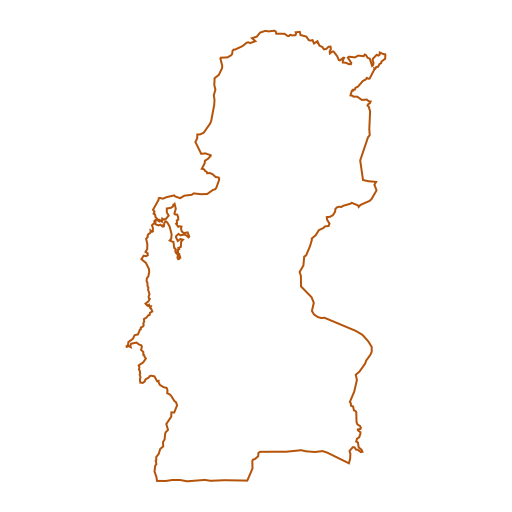 the district of Karagwe, Kagera, United Republic of Tanzania
{"feature_id": "72390352B65686612592635", "entity_name": "Karagwe", "entity_type": "district", "adm_level": 2, "iso_a3": "TZA", "parent_name": "United Republic of Tanzania", "parent_adm1": "Kagera", "projection": "orthographic", "projection_center": [31.075, -1.721], "detail": "fine", "context": "isolated", "style": "outline", "palette": "amber", "viewbox_px": 512, "rotation_deg": 0, "n_neighbors": 0, "source": "geoboundaries", "source_scale": "gbopen_adm2", "svg_char_len": 5998}
<svg xmlns="http://www.w3.org/2000/svg" viewBox="0 0 512 512"><path d="M348.9,463.3L350.1,459.0L350.4,453.9L349.5,451.0L352.8,447.2L354.5,447.3L356.0,449.6L357.6,449.7L360.9,452.1L362.4,451.8L361.6,449.8L358.7,447.4L357.9,442.5L356.2,441.6L357.0,438.7L359.2,437.3L360.5,433.4L360.3,432.1L357.9,430.3L357.9,429.4L360.5,428.9L360.9,427.9L360.1,426.1L357.4,424.4L356.5,421.9L356.3,412.3L355.6,411.1L353.9,410.3L353.1,406.5L351.0,405.7L350.8,403.2L349.8,402.1L354.2,391.7L356.9,380.0L355.8,374.7L359.4,371.7L365.2,363.5L366.1,360.7L370.3,354.9L371.7,351.8L371.7,346.9L368.3,341.4L362.5,334.9L355.6,330.8L324.3,317.7L321.7,318.1L317.9,317.1L314.0,314.5L311.9,310.9L313.8,302.9L311.6,297.3L301.0,286.4L300.9,275.8L299.6,272.0L303.4,265.5L304.2,256.6L306.1,255.4L310.0,246.2L311.9,239.8L311.7,238.6L315.7,235.2L318.9,230.1L322.9,228.3L325.1,226.4L328.6,226.0L329.5,223.7L327.0,219.5L326.8,217.1L330.0,216.8L332.9,215.2L335.1,211.7L335.4,208.9L337.1,207.3L339.2,206.7L341.3,207.0L343.1,205.8L350.6,203.7L351.7,202.8L358.2,205.5L358.7,206.9L360.5,204.9L369.6,200.9L371.5,199.1L376.2,191.0L376.5,190.1L374.4,184.8L376.1,181.9L368.2,181.2L363.0,180.0L360.2,160.4L368.0,137.3L369.7,135.2L369.3,129.0L370.1,111.4L368.8,106.8L367.5,105.6L368.2,104.2L369.9,103.2L370.6,101.5L368.7,101.2L366.8,99.6L361.8,99.9L357.3,96.7L353.4,96.7L352.7,95.8L350.5,95.4L351.7,91.1L352.4,90.3L352.9,90.6L353.2,89.7L354.8,89.7L355.5,87.8L358.0,86.6L362.9,80.9L365.6,79.6L366.9,77.9L368.2,78.7L369.6,78.6L374.4,69.3L374.3,68.3L375.4,68.7L376.3,66.9L378.0,66.8L379.6,63.9L381.1,63.2L381.5,61.5L385.1,58.8L385.4,55.2L385.1,54.2L383.5,54.2L379.8,52.5L379.5,54.9L378.3,55.6L376.7,54.8L373.1,58.5L372.6,59.9L373.5,63.0L373.1,65.0L372.1,65.9L369.8,58.7L367.7,57.8L365.9,55.1L364.8,54.5L363.7,56.2L358.3,55.6L354.8,57.4L349.0,56.7L347.8,57.6L351.3,63.0L350.9,64.2L348.6,64.1L346.1,62.8L342.8,62.5L342.8,60.5L344.1,57.8L343.4,57.7L339.9,60.4L338.8,60.0L337.2,56.3L333.6,51.5L332.5,51.5L329.9,53.4L329.7,51.5L330.9,49.0L330.5,46.6L328.5,46.8L326.2,49.0L323.8,49.3L322.5,47.1L319.4,45.6L317.7,41.8L317.4,42.3L317.0,41.5L314.0,43.5L312.5,40.1L310.5,40.6L308.7,40.1L306.4,36.6L300.5,35.0L299.8,31.9L295.7,32.3L296.1,33.5L295.5,35.2L292.0,35.4L290.3,34.8L288.8,36.1L287.5,35.9L284.6,33.8L276.3,33.7L275.8,31.6L274.4,30.7L268.8,31.4L265.2,30.9L260.1,32.6L256.7,36.7L252.0,38.2L255.4,41.2L250.1,43.1L248.2,42.3L246.7,42.7L242.5,46.1L235.0,49.6L233.6,49.6L232.6,50.8L232.1,54.1L231.1,55.3L227.4,57.4L220.8,57.7L220.4,58.5L222.2,65.7L222.1,68.1L218.8,74.9L214.6,78.2L214.3,85.1L215.4,89.6L213.8,95.3L214.5,99.9L214.2,105.0L211.2,120.9L210.1,123.6L203.7,132.7L200.1,134.4L197.3,134.5L197.2,138.3L195.4,142.0L201.2,153.8L205.4,153.4L210.7,155.2L210.8,155.7L208.1,158.7L205.0,160.7L204.6,163.4L201.8,168.8L204.0,169.3L205.2,171.0L206.7,171.9L207.2,173.3L209.7,173.0L212.6,174.2L215.6,177.0L218.6,177.5L219.2,178.3L219.0,180.2L216.3,187.8L215.2,189.2L212.8,190.0L207.2,194.0L201.1,194.2L193.7,193.4L191.7,194.8L184.3,195.7L180.2,198.2L175.1,196.4L174.2,195.4L166.7,197.1L162.9,198.7L159.8,197.9L158.8,198.2L158.5,200.0L153.0,209.8L154.5,211.6L153.6,213.7L155.1,214.5L155.4,216.9L157.6,219.3L157.1,219.9L159.4,221.5L159.9,221.2L158.9,220.0L159.5,219.8L161.9,221.6L162.3,218.6L163.6,219.6L165.9,218.9L168.7,215.6L166.8,212.4L166.8,208.5L171.0,207.8L173.0,206.4L173.4,204.6L174.4,204.9L174.7,204.3L175.8,208.7L174.4,213.6L175.0,214.4L177.2,214.6L178.1,216.8L178.3,219.6L176.8,220.5L177.0,223.3L176.1,223.8L178.3,226.8L179.2,226.3L181.5,226.6L181.0,228.7L181.8,231.5L183.9,233.1L187.6,232.4L189.2,236.6L188.5,237.4L186.6,235.6L184.4,234.5L180.5,235.3L178.5,233.9L176.1,236.2L176.0,237.3L177.8,241.0L180.4,239.0L182.9,239.7L181.2,241.5L180.8,246.9L178.4,248.0L179.1,249.2L177.5,250.0L178.2,251.7L177.3,253.1L178.9,253.8L178.4,254.5L179.3,254.6L180.2,257.4L179.6,257.4L179.5,258.7L178.2,259.2L177.4,257.6L178.0,254.9L176.4,253.3L177.2,252.1L175.7,252.3L175.4,251.7L175.4,248.6L174.2,247.9L173.5,242.1L169.7,240.5L171.2,238.7L171.6,234.3L169.7,226.8L167.7,223.1L166.2,221.4L165.3,221.4L164.3,223.0L164.0,226.0L163.7,226.4L162.8,225.6L162.4,226.4L160.4,224.7L158.5,225.4L155.8,224.4L155.2,223.3L155.8,219.9L154.5,220.7L154.3,223.5L152.4,224.6L152.0,225.6L152.8,227.3L152.9,231.3L152.1,231.8L150.5,230.5L150.6,232.2L149.7,233.5L148.4,234.0L147.5,235.9L147.8,236.8L146.1,238.8L147.3,244.0L147.2,249.1L145.5,251.9L147.7,253.3L147.8,255.2L146.1,256.2L143.6,255.7L141.4,259.2L145.9,262.9L149.0,269.1L149.2,272.1L148.3,276.4L146.8,278.3L146.6,281.1L147.4,282.7L147.6,286.4L148.4,287.6L148.1,289.9L149.5,294.1L148.6,296.6L148.9,298.2L149.8,298.9L148.2,301.6L145.5,303.6L147.0,305.3L148.8,304.8L148.5,306.1L150.9,306.2L150.1,307.9L151.2,308.7L152.3,311.5L150.0,312.8L149.6,315.0L148.4,315.2L146.4,317.6L143.9,319.1L144.2,321.7L143.3,323.3L143.7,325.3L142.9,326.5L140.8,327.6L140.8,329.3L139.9,329.6L138.0,334.4L134.6,335.2L132.9,338.8L128.4,342.0L128.0,345.1L126.6,346.1L126.7,346.8L129.0,346.2L130.7,347.1L130.3,345.6L131.1,343.7L136.6,342.6L139.1,344.6L141.1,345.2L141.9,346.5L141.1,349.9L143.3,352.0L143.4,355.0L144.2,355.2L144.6,356.9L145.9,358.5L143.2,362.4L138.7,365.4L139.4,367.3L138.9,369.6L139.7,370.5L140.2,373.3L139.7,374.7L140.5,377.2L139.9,379.5L140.3,382.6L142.8,382.9L144.8,381.4L145.4,379.5L148.6,377.6L149.8,376.1L151.0,375.7L154.4,376.3L157.1,381.2L158.6,380.9L158.5,382.2L159.9,384.9L163.6,387.2L166.6,387.9L167.5,390.2L167.2,393.2L169.9,394.5L171.2,395.9L174.3,400.9L176.0,402.2L177.1,405.3L174.2,412.5L171.4,412.4L171.2,416.7L166.3,424.0L168.0,429.9L165.6,432.4L165.2,433.7L164.6,439.4L163.0,442.1L163.2,446.4L160.2,449.0L158.7,453.9L156.2,457.1L156.3,460.1L155.7,460.6L156.4,464.1L155.2,465.8L154.5,471.5L156.4,476.9L157.0,480.9L165.7,481.0L172.2,480.0L180.1,480.0L187.2,481.3L204.7,479.9L210.6,480.8L224.5,480.2L247.3,480.6L252.5,468.5L252.3,461.5L252.8,459.8L255.1,458.9L258.1,456.3L258.5,452.8L260.1,451.8L286.6,451.7L301.2,450.2L305.8,451.3L314.9,452.0L322.5,451.1L327.2,452.6L348.9,463.3Z" fill="none" stroke="#b45309" stroke-width="2"/></svg>